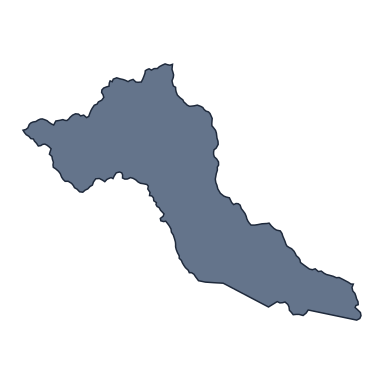 the district of Rio do Pires, Bahia, Brazil
{"feature_id": "56859067B13146524318687", "entity_name": "Rio do Pires", "entity_type": "district", "adm_level": 2, "iso_a3": "BRA", "parent_name": "Brazil", "parent_adm1": "Bahia", "projection": "orthographic", "projection_center": [-42.161, -13.135], "detail": "fine", "context": "isolated", "style": "filled", "palette": "slate", "viewbox_px": 384, "rotation_deg": 0, "n_neighbors": 0, "source": "geoboundaries", "source_scale": "gbopen_adm2", "svg_char_len": 3859}
<svg xmlns="http://www.w3.org/2000/svg" viewBox="0 0 384 384"><path d="M353.3,284.1L350.9,284.0L348.2,282.2L345.9,281.0L343.1,279.5L339.1,277.5L336.3,277.7L333.2,276.3L329.6,275.3L326.4,274.5L324.0,273.2L321.3,271.1L318.3,271.5L315.2,268.8L312.4,269.7L309.5,269.1L306.3,266.8L302.9,264.3L300.5,262.5L299.9,259.7L298.6,257.7L296.3,255.7L295.3,253.5L294.0,251.2L291.6,248.7L289.0,247.4L286.9,246.0L285.9,244.1L285.0,241.4L283.7,238.3L282.7,235.9L282.0,233.5L280.3,230.9L276.5,230.1L274.0,228.5L271.3,225.9L269.1,223.1L266.9,223.5L264.8,223.6L261.9,223.8L257.9,224.6L254.6,225.1L251.1,225.1L249.2,223.0L247.8,220.9L246.8,218.7L246.2,216.3L245.0,213.5L243.1,210.9L241.3,208.6L240.1,205.1L238.2,203.7L236.0,203.5L233.7,204.6L231.7,202.6L229.4,197.8L226.1,197.0L223.7,196.0L220.4,193.3L217.8,188.9L216.9,185.2L215.8,182.5L215.3,179.1L216.3,173.6L217.4,170.1L217.3,167.1L218.6,165.1L218.5,161.9L216.6,158.9L214.3,156.8L213.6,154.4L213.6,151.9L214.0,149.8L216.1,148.2L218.2,144.4L218.0,141.2L217.0,138.2L216.7,135.7L216.4,133.1L215.5,130.3L213.2,127.3L211.9,125.8L211.8,123.5L212.2,118.4L210.0,113.5L208.5,111.9L206.0,111.1L204.1,109.5L202.8,107.5L200.8,106.4L197.3,105.1L194.3,105.8L191.9,106.1L189.6,106.3L187.3,105.2L185.7,103.6L183.8,101.9L182.8,99.8L180.0,97.7L177.4,95.1L176.1,91.7L175.7,89.6L175.6,87.3L173.4,86.0L172.7,83.9L172.0,80.8L173.3,77.4L173.6,74.9L173.1,72.9L172.0,69.3L172.5,64.3L169.9,65.2L167.5,64.7L165.1,63.9L162.3,65.1L159.3,66.7L157.4,68.5L154.1,68.6L151.4,70.1L149.1,68.8L147.1,69.6L145.3,70.7L145.0,73.2L144.1,75.7L142.9,78.8L141.3,82.0L137.9,82.3L135.8,82.0L133.1,79.4L129.9,80.5L128.1,81.6L125.1,80.2L123.1,79.5L120.3,78.9L116.7,77.8L113.3,79.1L112.2,81.7L110.1,80.9L109.3,83.0L109.0,86.2L106.2,87.0L103.7,88.0L101.9,89.9L101.6,92.5L103.0,94.6L103.8,97.4L101.7,100.2L98.4,101.9L97.1,104.1L94.3,105.2L92.2,108.3L90.9,110.7L89.8,113.4L88.7,116.4L86.6,117.6L83.7,115.1L80.6,115.9L78.5,114.1L75.5,113.8L72.6,115.1L70.1,117.3L68.8,119.0L67.0,120.5L65.0,120.4L62.9,119.6L59.9,120.3L55.8,121.0L53.7,125.0L51.3,123.9L48.7,122.1L47.1,120.7L44.7,119.7L42.3,118.9L40.3,119.1L38.2,120.0L35.9,121.5L33.0,122.0L30.9,122.9L29.3,124.4L27.9,127.9L25.8,129.5L23.0,130.2L24.5,132.6L26.2,134.7L28.9,136.3L30.8,138.6L33.4,139.0L34.4,141.0L36.5,143.3L38.3,146.0L40.8,145.6L42.6,144.4L44.9,144.1L47.0,145.2L49.2,146.9L51.1,148.8L50.2,151.5L49.4,154.2L51.9,156.4L52.4,159.3L53.4,162.2L53.0,164.9L53.3,167.3L55.5,168.7L58.5,171.3L60.3,173.7L61.6,177.1L63.2,179.5L65.1,181.3L68.2,181.3L71.6,183.4L73.4,185.6L74.5,187.7L77.0,189.1L79.6,191.8L82.8,192.2L85.2,190.1L87.8,188.9L90.0,186.5L92.4,185.1L93.5,181.9L95.7,178.8L99.4,178.5L102.6,180.2L104.8,181.7L106.9,179.4L109.2,178.3L111.1,177.6L113.0,178.6L114.2,176.0L116.3,172.8L119.5,172.0L121.7,172.8L122.6,174.9L122.5,178.0L124.8,179.1L127.5,179.0L130.4,177.6L133.0,178.3L135.7,179.8L138.1,182.0L140.5,183.3L143.2,183.7L146.9,184.5L148.3,186.1L147.8,189.0L150.0,192.4L149.5,195.6L151.7,195.9L153.4,197.7L153.8,200.8L156.4,202.6L156.0,204.6L157.1,206.5L159.1,207.6L160.6,210.3L162.6,212.4L164.0,213.9L163.1,216.3L160.3,218.4L160.8,220.8L163.6,221.6L165.7,221.2L167.0,222.8L169.1,225.6L171.0,229.0L171.4,232.1L173.3,235.0L174.5,238.7L175.4,241.9L175.6,244.2L175.6,246.9L176.3,249.7L177.6,252.9L179.2,255.8L179.2,258.3L181.4,260.4L182.3,262.7L183.7,265.1L185.4,267.6L188.3,270.3L189.3,272.7L191.6,272.7L194.0,274.3L195.5,276.7L197.1,278.8L198.5,280.7L201.5,281.3L205.3,282.1L214.0,282.7L223.2,283.2L268.5,307.0L277.2,301.6L279.9,302.9L282.6,302.7L285.0,302.0L287.8,304.4L289.0,306.9L289.4,310.3L291.3,312.3L293.2,314.7L296.1,314.4L299.1,314.4L303.1,315.5L306.1,313.1L308.2,310.0L356.7,320.1L359.8,318.5L361.0,315.7L360.4,312.5L357.7,309.9L355.1,307.5L355.9,305.5L358.2,304.7L358.0,301.6L356.6,298.9L355.9,296.2L354.9,293.4L352.8,291.0L352.0,287.5L353.3,284.1Z" fill="#64748b" stroke="#1e293b" stroke-width="1.5"/></svg>